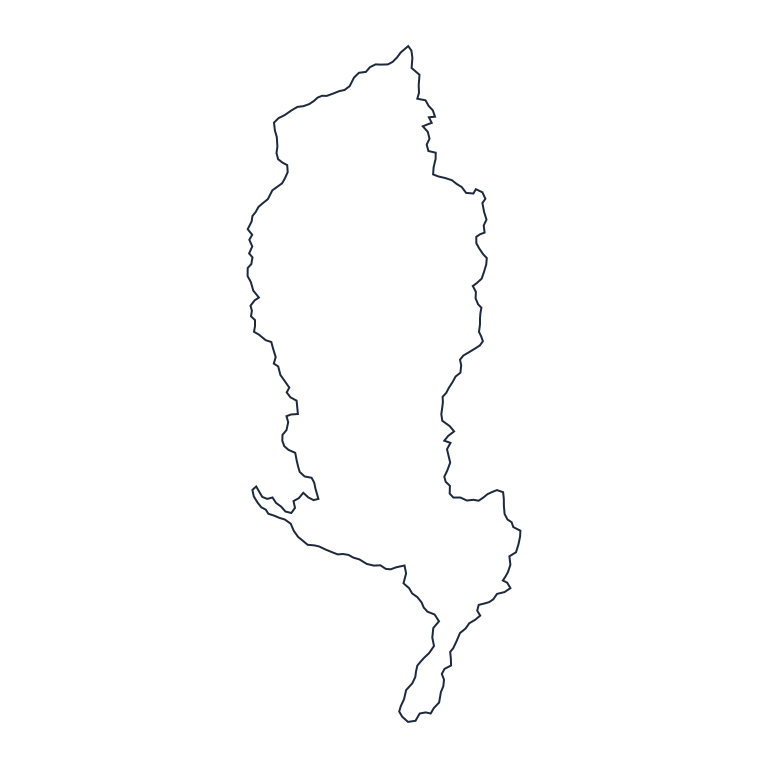 the district of São Pedro dos Ferros, Minas Gerais, Brazil
{"feature_id": "56859067B15771280139619", "entity_name": "São Pedro dos Ferros", "entity_type": "district", "adm_level": 2, "iso_a3": "BRA", "parent_name": "Brazil", "parent_adm1": "Minas Gerais", "projection": "robinson", "projection_center": [-42.566, -20.074], "detail": "fine", "context": "isolated", "style": "outline", "palette": "slate", "viewbox_px": 768, "rotation_deg": 0, "n_neighbors": 0, "source": "geoboundaries", "source_scale": "gbopen_adm2", "svg_char_len": 3810}
<svg xmlns="http://www.w3.org/2000/svg" viewBox="0 0 768 768"><path d="M493.3,599.3L497.0,593.9L504.5,592.1L510.4,588.1L507.2,582.7L502.8,580.5L505.5,576.5L508.0,572.0L510.4,564.7L509.4,556.3L516.0,552.3L518.5,544.2L520.1,536.4L520.4,530.7L513.3,527.1L511.6,522.2L507.5,519.5L504.6,514.0L503.9,505.9L503.8,498.7L503.1,492.2L497.0,490.1L491.9,492.1L487.4,494.2L483.4,497.5L478.7,500.7L473.3,499.8L466.8,500.5L460.4,497.5L453.3,497.5L449.7,493.6L449.9,485.8L445.7,481.8L444.3,476.7L447.2,470.7L450.2,462.6L448.3,454.7L447.0,449.2L450.5,442.9L444.3,440.7L448.2,435.9L454.1,431.4L449.7,426.1L442.3,420.8L441.3,414.2L442.3,407.3L442.9,402.1L442.6,396.8L446.3,392.8L448.8,387.9L452.6,382.0L455.5,376.6L460.4,372.7L461.2,365.3L460.0,359.7L463.4,355.5L470.2,351.5L475.6,348.2L479.9,345.4L482.9,341.2L481.2,336.4L479.0,331.9L480.0,324.3L480.0,318.4L480.4,313.3L481.4,307.7L478.1,304.3L475.6,298.4L475.9,291.9L472.8,286.0L476.8,283.1L481.7,278.6L484.1,271.6L486.2,264.6L486.8,258.1L483.1,254.2L479.2,248.4L476.3,243.2L476.3,236.8L480.2,234.2L484.6,232.6L483.7,225.5L486.5,219.6L484.1,212.0L482.4,203.0L485.4,198.8L482.4,192.3L475.9,189.2L473.4,193.5L466.1,192.9L461.7,187.0L457.0,184.2L451.9,180.2L445.1,178.0L438.2,176.4L433.1,174.4L433.6,167.3L435.6,159.0L435.7,152.7L428.4,151.0L426.7,144.6L429.5,138.7L427.8,131.9L422.8,126.3L427.3,124.5L431.7,122.9L428.9,117.3L435.0,116.7L432.8,110.3L428.7,106.0L425.5,100.3L417.3,98.7L419.0,92.8L418.7,85.4L419.5,74.8L411.6,68.0L412.4,57.9L411.4,50.6L408.2,46.1L400.9,52.3L396.8,57.7L392.6,61.9L387.9,64.4L380.9,64.6L375.6,64.4L369.9,67.2L365.9,71.9L358.9,72.8L354.0,77.6L349.7,86.1L344.5,90.0L339.3,91.1L333.0,93.6L326.7,95.9L322.0,95.8L317.6,97.6L314.0,100.9L309.2,104.1L303.3,106.2L297.4,106.9L291.6,110.3L284.5,115.2L278.6,118.1L274.0,122.6L274.9,130.5L276.8,137.1L277.4,146.5L276.5,153.0L278.1,159.2L282.3,162.5L287.2,165.1L287.7,172.1L284.9,178.4L282.1,183.3L277.4,186.7L272.3,190.4L267.9,199.1L262.3,203.6L258.4,207.0L255.7,212.0L252.5,215.9L251.6,221.5L247.7,229.2L252.2,234.8L249.3,239.8L252.3,246.4L249.1,253.4L252.5,257.4L251.3,264.1L247.7,268.0L247.6,276.1L250.8,282.0L253.3,290.6L258.9,297.6L254.7,300.3L250.5,305.7L251.9,310.7L251.0,316.3L255.0,320.1L255.0,326.2L254.0,331.8L258.9,334.6L265.7,340.2L271.3,342.0L273.1,348.7L275.7,357.1L273.8,363.6L278.2,366.4L280.4,375.0L285.4,382.0L289.3,387.6L286.7,392.4L290.4,397.3L296.6,400.7L297.9,414.0L291.0,414.5L286.5,416.2L288.2,422.2L286.5,430.1L282.5,434.8L282.3,440.7L284.2,446.1L288.5,449.9L295.2,452.8L296.8,461.0L298.0,466.2L299.7,471.9L304.5,476.4L311.6,477.8L314.2,482.6L315.5,488.8L318.4,498.9L313.6,500.1L308.4,497.5L303.3,492.8L298.9,498.1L293.5,501.1L295.0,507.9L291.3,513.0L285.4,511.5L281.1,506.6L276.0,502.9L272.5,497.5L267.2,498.9L262.3,496.9L259.6,492.4L256.2,486.5L252.4,489.9L253.8,496.4L257.5,502.5L261.3,507.3L265.7,509.6L268.4,513.8L274.0,515.6L279.2,517.8L284.8,519.5L290.7,523.7L293.8,530.9L298.0,536.8L303.6,541.4L307.7,544.8L314.5,545.4L319.2,546.5L325.5,549.5L331.8,552.1L337.7,554.4L342.9,554.0L348.5,554.9L353.3,557.6L359.4,559.4L366.7,563.9L373.8,565.6L380.4,565.3L385.8,568.9L390.7,569.3L396.2,567.3L404.5,565.5L406.1,573.4L403.5,583.3L409.2,588.3L412.1,593.4L417.3,597.1L421.6,602.4L423.7,607.5L427.5,611.7L434.6,614.5L439.0,621.3L433.3,628.0L432.3,637.6L434.0,646.0L429.2,653.0L424.3,657.6L420.7,661.5L417.3,665.7L416.0,671.6L415.3,677.0L412.3,683.3L406.1,690.1L404.1,699.1L400.8,706.1L399.2,711.5L402.1,716.6L408.0,721.9L415.5,720.8L419.7,713.5L425.7,712.4L430.7,713.5L433.8,708.1L439.1,702.5L440.9,692.1L443.3,686.3L444.0,679.7L441.8,673.9L444.6,668.8L451.1,665.5L450.8,658.0L450.2,651.9L453.3,648.1L456.4,641.5L460.0,633.0L465.6,628.5L469.2,623.3L475.0,619.9L480.2,615.6L477.2,610.6L478.7,604.9L484.0,603.6L489.2,602.1L493.3,599.3Z" fill="none" stroke="#1e293b" stroke-width="2"/></svg>